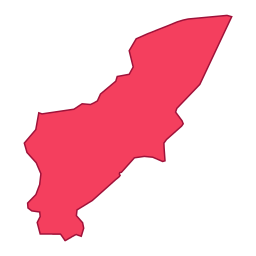 outline of Gao, Gao, Mali
{"feature_id": "8926073B84061132695750", "entity_name": "Gao", "entity_type": "district", "adm_level": 2, "iso_a3": "MLI", "parent_name": "Mali", "parent_adm1": "Gao", "projection": "mercator", "projection_center": [-0.018, 16.371], "detail": "fine", "context": "isolated", "style": "filled", "palette": "rose", "viewbox_px": 256, "rotation_deg": 0, "n_neighbors": 0, "source": "geoboundaries", "source_scale": "gbopen_adm2", "svg_char_len": 1329}
<svg xmlns="http://www.w3.org/2000/svg" viewBox="0 0 256 256"><path d="M199.8,84.4L225.7,29.4L231.7,16.7L227.0,15.4L188.2,19.0L183.1,20.1L177.2,21.9L167.0,26.1L160.1,28.8L147.5,33.8L136.2,38.8L129.2,50.7L133.2,67.0L129.2,74.3L117.2,76.5L115.8,81.2L100.5,94.0L97.4,100.9L93.9,102.9L90.5,104.5L82.1,103.8L73.8,109.3L73.4,109.3L42.0,113.9L38.8,112.8L35.8,129.6L24.3,143.1L27.0,152.5L36.2,162.7L40.9,173.7L39.7,184.5L35.9,194.6L27.6,203.1L28.0,208.0L31.8,210.9L39.7,212.0L40.2,216.5L37.2,222.5L40.2,234.0L40.8,234.0L41.7,234.0L43.9,234.0L46.1,234.0L48.5,234.0L50.5,234.0L51.8,234.0L52.9,234.1L55.2,234.1L57.1,234.1L59.1,234.1L59.3,234.1L59.9,234.1L60.0,234.1L60.4,234.1L60.7,234.3L61.1,234.9L61.9,236.0L62.4,236.7L63.6,238.5L64.4,239.6L64.5,239.8L64.9,240.5L65.2,240.6L66.0,240.2L67.7,239.2L69.5,238.1L70.2,237.8L70.8,237.5L71.5,236.9L72.3,236.5L73.5,235.9L74.6,235.2L75.1,235.0L75.6,234.8L76.0,234.6L76.4,234.5L76.7,234.7L78.9,235.5L80.3,235.9L81.2,236.3L81.3,236.1L83.7,228.2L82.6,222.7L76.4,215.7L77.0,209.9L92.3,200.5L115.8,179.5L117.2,178.4L119.0,176.9L120.1,175.4L119.3,174.0L119.7,172.6L121.4,172.3L134.4,157.8L144.3,156.4L152.7,157.2L162.7,161.5L165.0,160.8L164.1,148.0L163.9,143.1L166.5,139.5L181.6,126.1L183.2,123.8L182.1,120.9L175.6,112.1L176.8,108.4L199.8,84.4Z" fill="#f43f5e" stroke="#9f1239" stroke-width="1.5"/></svg>